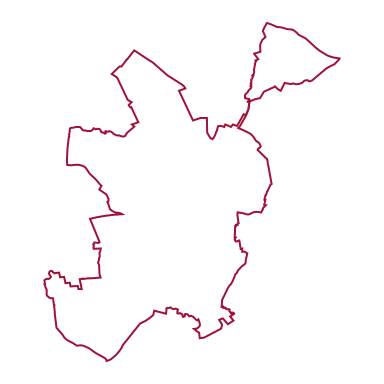 outline of Satu Mare, Satu Mare, Romania
{"feature_id": "2599482B28482924901010", "entity_name": "Satu Mare", "entity_type": "district", "adm_level": 2, "iso_a3": "ROU", "parent_name": "Romania", "parent_adm1": "Satu Mare", "projection": "equal_earth", "projection_center": [22.859, 47.796], "detail": "fine", "context": "isolated", "style": "outline", "palette": "rose", "viewbox_px": 384, "rotation_deg": 0, "n_neighbors": 0, "source": "geoboundaries", "source_scale": "gbopen_adm2", "svg_char_len": 5896}
<svg xmlns="http://www.w3.org/2000/svg" viewBox="0 0 384 384"><path d="M88.9,348.2L95.5,352.9L105.2,358.3L106.2,359.6L106.7,361.0L110.6,359.5L116.1,354.9L119.5,350.9L121.6,347.8L122.3,346.0L123.4,344.4L140.2,323.4L140.5,323.4L145.6,320.8L149.7,318.0L153.3,315.0L154.2,310.7L166.0,313.7L166.5,309.4L166.4,308.4L167.4,307.9L168.8,308.0L170.5,307.4L171.8,308.5L173.5,309.2L175.7,308.6L177.6,309.3L178.0,309.9L177.7,310.7L177.3,311.3L177.5,312.4L177.3,313.2L178.2,313.6L180.0,313.1L181.0,313.8L181.8,313.8L182.4,315.1L182.7,316.6L182.8,316.8L183.5,316.9L184.5,316.4L184.8,316.0L184.6,314.9L184.8,314.4L185.2,314.1L185.9,314.0L187.8,314.5L188.6,315.7L189.4,316.3L189.9,316.3L190.9,315.7L192.4,316.5L193.0,316.5L193.5,317.2L195.3,319.0L197.1,320.4L198.4,319.3L199.6,323.0L200.0,325.0L199.4,326.4L197.3,328.4L194.0,328.9L198.4,332.4L199.1,332.7L199.8,338.2L204.1,337.6L220.5,329.0L221.1,328.6L222.0,325.1L221.9,324.4L221.2,323.0L219.2,319.9L222.2,318.5L223.0,318.6L227.9,324.2L233.5,320.6L230.1,316.5L234.2,313.8L233.4,312.7L232.5,312.6L231.9,313.2L231.6,313.4L231.1,313.4L230.9,313.3L230.5,312.0L229.9,311.9L229.4,311.3L229.3,310.8L229.6,309.6L229.5,309.3L227.7,309.1L226.7,309.3L225.9,308.8L225.6,307.8L225.4,307.7L224.3,308.0L223.4,307.9L223.1,307.8L223.2,307.4L223.5,306.8L223.1,306.4L221.8,306.9L221.5,306.8L221.8,304.8L222.1,300.1L222.8,298.6L228.1,287.7L229.6,285.5L230.9,284.1L232.6,281.2L234.4,277.0L235.2,274.5L237.0,272.7L237.7,270.8L241.7,266.4L245.0,263.9L245.6,262.7L245.7,262.4L245.7,260.3L247.3,253.3L244.8,251.8L244.3,251.6L242.2,251.7L242.3,248.6L241.4,249.0L240.7,249.0L239.8,243.1L239.3,240.5L236.1,241.6L234.7,239.8L235.7,237.5L234.7,237.5L235.2,226.2L235.9,226.2L236.0,225.0L237.6,225.0L237.6,223.4L238.6,223.2L237.4,215.4L237.7,212.3L244.3,213.5L246.1,214.2L248.3,214.5L249.8,214.1L252.4,212.7L255.0,211.9L257.5,211.9L261.0,212.5L262.9,209.3L262.7,208.9L263.2,207.9L265.9,205.2L264.2,204.8L265.4,199.8L264.4,199.7L265.5,195.2L265.9,195.2L267.1,191.7L267.3,191.7L269.2,187.4L270.5,185.0L270.4,184.7L271.2,184.0L271.6,183.9L268.3,165.6L267.8,164.3L267.7,162.0L267.1,158.9L266.4,158.6L257.6,149.9L258.2,148.7L260.0,147.5L260.8,146.3L259.2,143.1L255.8,140.6L253.8,137.3L251.8,135.0L250.5,133.8L245.1,131.0L238.3,128.0L239.7,126.5L245.8,115.9L245.7,115.9L246.3,114.7L248.6,109.3L249.4,102.7L250.5,100.5L251.5,100.8L254.5,99.4L258.6,98.4L260.0,98.2L264.0,91.6L274.5,86.9L274.9,86.4L277.9,89.2L280.7,90.8L284.7,82.9L285.2,83.1L290.6,84.0L291.6,83.9L292.9,83.4L295.8,84.2L296.8,84.2L298.8,84.0L302.3,82.7L304.1,80.9L305.6,80.3L307.6,80.2L308.2,80.5L308.8,81.2L309.7,81.4L312.0,80.5L326.3,68.5L330.5,66.1L334.4,64.3L339.5,59.0L339.6,58.4L333.9,57.6L329.1,56.2L327.3,55.4L319.4,50.6L315.6,47.5L306.1,38.8L303.7,37.4L298.7,34.8L296.6,32.6L294.2,30.6L291.9,29.5L287.6,29.2L281.4,27.4L277.1,27.0L270.9,24.3L266.9,23.0L264.3,27.6L263.0,30.6L262.9,31.1L265.5,37.1L262.3,39.9L260.7,43.3L260.3,44.5L260.1,46.4L260.4,51.8L254.2,53.6L254.6,54.4L258.3,59.1L256.8,60.0L255.5,60.4L255.9,61.4L255.6,61.5L254.9,64.4L255.0,64.6L254.1,69.1L253.8,69.7L253.8,70.2L254.2,71.1L254.1,72.5L253.7,74.0L252.4,75.5L253.3,75.7L252.0,78.7L251.1,80.1L251.5,80.4L251.5,80.6L251.3,81.3L251.3,81.9L250.8,83.3L251.3,83.2L251.3,84.9L250.6,86.0L251.3,86.1L251.3,87.2L251.0,88.0L248.5,90.6L247.9,91.9L245.3,94.5L245.0,95.4L245.1,98.2L249.0,99.0L248.5,100.8L247.7,101.9L249.2,102.7L248.3,109.4L245.7,115.2L243.7,114.2L237.1,125.9L232.9,124.5L231.0,126.9L225.3,124.5L224.2,127.0L222.4,126.3L220.0,125.8L218.0,126.3L216.8,131.1L216.3,131.7L215.2,134.8L213.3,138.4L212.5,139.1L211.4,138.4L210.5,138.4L207.2,132.7L206.9,118.0L200.7,117.9L193.0,120.5L179.0,90.7L185.3,88.5L184.5,87.0L183.7,86.0L182.0,84.6L167.4,75.3L152.8,62.5L146.0,58.2L137.5,52.5L134.2,50.4L127.4,59.1L126.7,59.8L126.6,59.7L121.5,66.5L119.8,66.4L119.4,66.6L111.7,74.0L117.1,77.5L127.7,99.8L131.6,102.2L128.7,105.0L128.7,105.3L130.6,107.5L131.3,107.2L138.3,122.3L131.9,124.5L134.3,126.6L127.1,132.8L125.0,136.1L123.3,136.6L121.1,136.2L118.7,135.3L117.1,135.5L116.2,135.2L113.6,133.9L112.6,132.8L111.4,131.9L109.6,131.3L109.4,131.1L107.9,131.7L106.9,131.6L106.1,131.1L105.5,131.2L105.2,131.9L105.8,133.0L105.8,133.3L105.3,133.7L105.0,133.7L104.0,133.2L103.6,132.6L101.3,132.2L101.0,131.7L100.6,130.3L100.3,129.8L99.9,129.3L99.0,128.9L96.7,128.9L95.6,129.3L93.6,128.3L92.7,129.8L90.9,131.0L87.8,131.0L87.5,131.1L85.2,130.4L84.2,130.6L82.6,130.1L82.2,129.2L81.4,128.5L80.2,127.1L76.2,126.9L73.2,127.7L70.6,127.9L69.9,128.8L69.7,131.9L69.1,134.2L69.1,135.0L69.3,135.9L69.3,136.6L69.1,137.0L68.8,137.1L67.5,148.1L66.9,160.9L67.3,165.0L70.9,165.3L76.9,164.7L79.7,165.0L82.8,165.9L84.0,166.5L84.8,167.0L86.0,168.2L89.0,172.7L90.1,174.1L95.6,179.2L100.5,185.0L101.5,185.8L99.3,189.6L106.4,194.4L107.5,196.6L108.0,198.2L108.4,198.6L108.6,200.0L108.4,201.1L107.3,202.0L108.4,204.1L110.0,209.3L111.0,209.9L111.7,210.6L114.4,212.1L115.6,212.5L119.1,212.9L121.2,213.6L122.2,214.2L113.8,214.8L105.9,215.7L97.6,217.1L90.0,218.8L99.6,242.1L98.6,242.9L94.3,242.5L93.9,244.0L93.2,244.4L93.8,246.0L93.7,246.9L93.4,247.5L93.7,248.8L100.8,248.5L100.1,251.6L99.4,253.3L99.7,255.2L99.7,256.6L99.1,258.2L98.9,260.2L98.0,262.8L99.1,264.9L99.5,273.6L99.7,275.1L100.6,277.5L94.5,278.1L88.9,278.4L88.8,278.2L82.8,279.0L82.7,278.6L79.7,279.2L81.7,289.1L78.4,289.0L77.8,286.0L70.6,286.4L69.8,282.7L65.5,283.2L64.1,276.9L60.1,277.3L59.1,272.6L55.5,273.0L54.8,273.4L53.0,272.4L52.8,271.8L52.2,271.1L51.5,270.9L50.5,271.0L49.6,271.6L49.0,273.3L49.3,274.4L50.7,276.3L50.9,276.8L50.5,277.5L49.3,278.7L48.2,279.0L46.5,278.8L44.4,280.3L44.9,283.8L44.5,284.1L45.0,284.4L45.3,286.8L46.7,289.8L46.6,294.7L47.1,295.3L47.1,295.6L47.5,296.2L49.7,297.9L50.9,298.2L53.1,298.3L53.8,304.4L54.1,304.6L54.5,305.2L54.1,306.1L54.8,312.1L54.7,312.3L55.2,317.2L56.5,327.8L62.3,334.3L64.6,337.9L67.6,340.4L73.1,343.2L76.6,345.6L81.3,345.3L83.9,345.9L88.9,348.2Z" fill="none" stroke="#9f1239" stroke-width="2"/></svg>